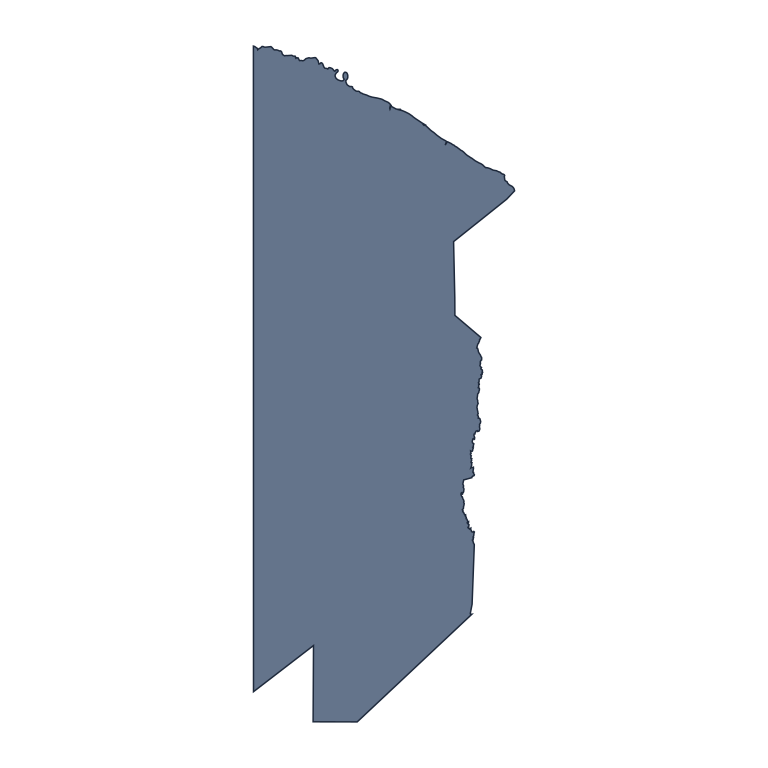 outline of Vanimo/Green River District, Sandaun, Papua New Guinea
{"feature_id": "67681753B35177268475700", "entity_name": "Vanimo/Green River District", "entity_type": "district", "adm_level": 2, "iso_a3": "PNG", "parent_name": "Papua New Guinea", "parent_adm1": "Sandaun", "projection": "equal_earth", "projection_center": [141.584, -3.431], "detail": "fine", "context": "isolated", "style": "filled", "palette": "slate", "viewbox_px": 768, "rotation_deg": 0, "n_neighbors": 0, "source": "geoboundaries", "source_scale": "gbopen_adm2", "svg_char_len": 6007}
<svg xmlns="http://www.w3.org/2000/svg" viewBox="0 0 768 768"><path d="M514.6,190.8L514.1,188.9L513.5,187.8L512.3,186.5L511.2,185.9L510.6,185.5L509.8,185.2L509.3,184.9L507.9,183.5L507.5,182.9L507.2,181.9L505.3,180.7L504.8,180.0L504.3,176.4L504.7,175.7L504.5,175.1L504.1,174.6L503.4,174.2L502.5,174.1L500.8,172.9L500.0,172.1L498.7,171.8L496.4,170.7L493.4,170.2L492.4,169.8L490.3,168.7L488.3,168.0L486.5,167.6L486.0,167.8L484.7,166.9L482.6,164.8L480.6,163.5L479.8,163.3L475.2,160.8L471.5,158.0L470.9,157.8L468.9,156.4L467.5,155.6L465.7,154.1L463.6,152.0L461.9,150.7L460.7,150.2L459.7,149.3L457.8,147.9L456.8,147.1L455.2,146.3L453.9,145.1L452.7,144.7L451.3,143.6L447.6,141.8L447.2,141.9L445.2,145.1L446.0,142.8L446.7,141.6L445.8,140.9L441.4,138.5L437.0,135.3L433.8,132.5L431.9,131.2L430.6,130.2L425.2,125.1L424.6,125.1L424.1,125.4L423.5,124.8L424.8,124.6L421.8,122.8L415.5,118.6L413.3,117.0L412.1,115.9L408.9,113.7L405.3,111.9L402.5,110.7L399.8,110.0L400.5,109.8L400.6,109.5L400.4,109.3L397.9,109.3L396.1,109.0L391.9,106.7L391.4,106.2L391.3,105.6L391.1,105.3L390.9,105.3L390.7,106.8L390.2,107.9L390.1,109.1L390.0,109.3L389.7,108.3L389.8,107.5L390.4,105.6L390.4,104.5L389.6,103.5L388.1,102.3L384.5,100.7L382.3,99.4L381.2,99.0L377.1,98.0L372.0,97.1L368.8,96.1L366.8,95.1L362.9,93.9L362.0,93.3L360.3,92.7L359.4,91.6L358.3,91.2L356.9,91.3L355.8,90.9L353.9,89.5L352.7,88.2L352.5,87.0L352.3,86.8L351.4,86.5L349.6,86.5L348.3,85.6L347.6,85.2L346.8,84.3L346.5,83.4L346.0,82.4L345.8,80.5L347.1,79.2L347.7,78.0L347.8,77.3L347.8,75.3L347.5,74.3L347.0,73.2L346.5,72.6L345.3,72.2L344.6,72.3L343.8,73.2L343.4,73.9L343.1,75.1L343.1,76.2L343.2,77.6L344.1,79.2L344.0,79.6L343.0,80.7L342.3,80.9L340.9,80.9L338.2,80.0L336.4,78.7L335.9,78.0L335.2,76.5L335.1,75.7L335.2,74.9L335.4,74.4L336.5,72.7L337.5,72.0L338.1,71.0L338.0,70.2L337.5,69.6L336.3,69.7L336.0,69.9L335.0,71.1L334.4,71.1L334.0,70.6L332.3,68.6L330.5,67.8L329.5,67.6L329.0,67.6L327.8,69.0L327.0,68.5L324.8,68.2L324.0,67.2L323.0,64.7L322.9,64.2L321.8,62.9L321.0,62.7L319.9,63.8L318.9,64.0L318.1,60.7L315.7,57.7L314.7,57.6L310.7,58.2L309.3,57.8L308.7,57.8L306.0,58.6L305.5,59.0L304.4,60.1L303.5,60.6L302.6,60.8L301.5,60.5L299.5,60.6L298.1,57.9L297.5,58.0L296.9,57.6L296.6,57.6L295.9,58.3L295.5,57.7L295.3,56.3L295.0,56.1L293.9,56.2L293.0,56.0L291.8,55.3L287.0,55.6L286.1,55.5L284.5,55.8L283.2,55.0L282.3,54.0L281.7,52.0L280.7,50.9L279.6,51.0L277.8,50.2L276.6,49.9L274.4,49.9L273.9,49.6L271.8,47.3L270.9,46.6L265.4,47.2L264.4,47.1L263.0,46.5L262.0,46.5L260.3,48.1L259.3,48.4L257.7,49.8L257.4,48.5L256.9,48.0L256.3,47.7L254.7,46.5L253.4,46.1L253.5,691.7L313.5,645.5L313.1,721.8L357.2,721.9L471.9,614.2L470.6,614.3L470.3,613.5L472.1,604.2L474.3,544.9L474.2,544.2L473.8,543.7L473.4,543.0L473.4,542.2L473.0,541.7L473.0,540.8L472.4,540.1L473.0,539.7L473.4,538.8L473.0,538.0L473.6,537.4L473.2,536.6L473.7,535.9L474.0,533.2L474.4,532.0L473.8,531.4L472.9,532.1L471.5,531.6L471.4,530.5L470.7,529.6L470.8,528.1L470.3,528.4L469.8,529.2L468.2,528.0L467.9,527.3L468.8,527.1L468.7,525.9L469.1,524.9L468.4,524.4L467.8,523.5L467.3,523.0L467.9,522.8L468.5,522.8L468.6,521.5L468.3,521.6L467.8,522.0L467.1,519.6L466.7,518.9L466.2,518.8L466.1,518.2L466.3,517.5L465.9,516.7L465.5,516.5L465.7,515.4L465.6,514.8L465.0,515.1L464.3,514.1L463.6,512.4L463.0,511.8L462.7,511.7L462.8,511.3L463.0,510.9L463.0,510.6L462.5,510.1L462.3,509.8L463.2,508.8L463.4,508.5L463.5,507.9L463.5,506.6L463.8,506.0L463.9,505.6L463.9,505.2L464.2,503.9L464.2,503.5L464.0,503.0L463.7,502.7L463.7,502.1L464.0,501.6L463.8,501.1L463.8,500.6L463.8,500.3L462.9,498.9L462.4,497.0L462.2,496.7L461.8,496.7L461.1,495.1L461.0,494.4L461.0,493.6L461.2,493.0L461.5,492.8L461.7,493.9L462.0,494.2L462.4,494.2L462.7,493.8L462.8,492.8L462.9,492.4L463.4,492.3L463.7,491.5L463.8,490.3L464.0,489.1L463.7,488.1L463.4,487.7L463.2,487.2L463.3,486.8L463.6,486.2L463.5,485.5L463.2,484.8L462.9,484.4L462.9,483.7L463.7,479.9L471.8,477.7L471.8,477.2L473.1,475.9L473.8,475.8L474.2,475.4L474.4,474.7L473.6,473.5L473.6,472.5L473.0,472.4L472.9,471.6L473.1,471.2L473.2,469.9L473.5,468.7L473.4,467.2L472.3,467.6L471.4,467.6L470.8,468.0L471.7,465.2L471.6,464.5L471.8,463.9L471.6,463.2L471.9,462.6L471.1,462.5L471.2,461.1L471.7,460.3L471.4,459.5L471.8,458.6L470.8,458.2L471.0,456.4L471.3,455.8L470.9,455.4L470.6,454.9L470.4,454.0L470.8,453.7L471.1,453.4L470.7,452.2L470.6,450.9L471.3,451.3L472.1,451.3L472.6,450.7L472.7,449.6L473.2,448.3L472.7,447.3L473.4,447.0L473.3,446.4L473.5,444.7L473.9,443.9L473.4,443.4L472.6,443.0L472.2,441.7L472.8,439.0L473.6,438.5L474.2,439.4L474.5,439.2L474.7,437.6L473.9,435.3L474.1,434.1L475.0,433.9L475.0,433.1L475.5,432.3L475.9,431.3L477.2,430.7L477.7,431.5L479.1,431.0L479.8,429.2L479.8,428.3L479.5,427.2L479.5,426.4L479.7,425.6L479.5,424.8L479.6,424.2L480.4,423.1L480.7,421.5L479.9,418.7L479.1,418.1L478.3,418.2L478.3,416.2L477.4,415.0L478.2,413.6L477.8,412.6L477.9,412.1L477.3,409.5L477.3,408.7L476.9,407.8L477.1,406.7L477.1,405.9L478.2,403.2L477.8,402.7L477.7,401.5L477.7,400.4L477.3,399.5L477.1,398.5L477.2,397.6L477.4,396.6L477.7,393.9L478.5,393.0L478.9,392.1L478.9,391.4L479.4,390.0L479.4,388.5L478.8,387.6L478.3,387.8L478.2,387.5L478.8,386.5L478.6,385.8L478.8,385.4L478.8,384.8L479.3,384.5L479.3,384.1L478.6,383.8L478.9,383.2L478.9,382.8L478.5,382.5L479.1,381.6L479.1,379.4L479.3,378.9L480.9,378.3L481.3,377.3L481.6,376.4L481.3,375.7L481.0,374.7L481.6,374.4L481.8,374.0L482.1,374.2L482.2,373.5L482.3,373.1L482.1,372.4L482.6,372.2L482.3,371.6L482.4,371.4L482.3,370.9L482.4,370.5L482.3,370.0L481.1,369.2L480.9,368.6L481.5,367.5L480.7,366.9L479.9,365.6L480.5,363.6L480.5,363.2L480.2,363.0L480.4,362.5L480.3,361.6L480.4,361.3L480.8,360.9L480.9,360.4L481.6,360.0L481.7,358.4L481.6,357.3L481.0,356.7L480.5,355.2L479.4,353.6L478.5,352.0L477.9,349.2L477.5,348.2L476.7,348.0L477.6,344.7L478.1,343.6L478.5,343.3L478.8,342.6L478.9,342.0L479.3,341.4L479.6,340.5L479.5,339.7L479.7,339.3L480.2,339.1L480.9,337.5L454.9,315.4L454.8,297.7L453.6,241.6L506.8,199.1L514.6,190.8Z" fill="#64748b" stroke="#1e293b" stroke-width="1.5"/></svg>